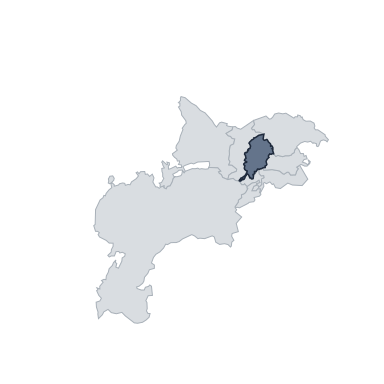 Afghanistan shown with its bordering countries, rotated 150°
{"feature_id": "AFG", "entity_name": "Afghanistan", "entity_type": "country or territory", "adm_level": 0, "iso_a3": "AFG", "parent_name": "Asia", "parent_adm1": "", "projection": "mercator", "projection_center": [67.565, 33.924], "detail": "fine", "context": "with_neighbors", "style": "filled", "palette": "slate", "viewbox_px": 384, "rotation_deg": 150, "n_neighbors": 8, "source": "natural_earth", "source_scale": "50m", "svg_char_len": 12541}
<svg xmlns="http://www.w3.org/2000/svg" viewBox="0 0 384 384"><g transform="rotate(150 192 192)"><path d="M85.4,161.2L85.3,145.2L93.4,142.5L101.5,147.8L104.6,151.8L113.7,150.8L117.5,154.0L117.3,158.3L118.8,158.4L119.5,161.8L123.5,162.0L124.4,164.0L125.6,163.9L127.0,160.9L133.0,157.2L133.9,157.6L131.2,160.3L133.6,161.9L135.8,160.9L139.6,163.1L135.5,166.1L131.8,165.8L131.4,164.7L132.0,162.7L127.8,163.7L125.3,168.6L122.6,168.4L121.8,170.3L124.1,171.2L124.8,174.2L123.0,178.3L118.9,177.4L118.9,175.0L111.4,171.3L105.7,166.5L104.1,162.2L103.1,161.4L99.7,161.6L98.4,160.7L98.1,157.4L93.8,155.1L91.1,157.6L88.4,159.0L89.0,161.2L85.4,161.2Z" fill="#d9dde1" stroke="#a8b0b8" stroke-width="1"/><path d="M216.6,211.9L216.9,213.2L215.7,213.9L216.0,216.1L213.7,215.4L209.6,217.9L209.7,219.9L208.0,222.9L207.8,224.6L206.4,227.5L203.9,226.7L203.8,230.2L203.1,231.4L203.4,232.9L201.9,233.7L200.2,228.2L199.3,228.2L198.8,230.4L197.0,228.7L198.0,226.7L199.4,226.5L200.9,223.5L199.1,222.9L193.1,222.5L192.8,220.1L191.3,219.9L188.8,218.4L187.7,220.8L190.0,222.6L188.0,223.9L187.3,225.2L189.2,226.1L188.7,228.2L189.8,230.8L190.3,233.6L189.8,234.9L183.8,235.6L184.0,238.1L182.3,240.1L177.7,242.4L174.1,246.3L168.6,250.6L168.6,252.1L164.2,254.1L162.7,254.3L161.7,256.8L162.5,263.8L161.2,266.9L161.2,272.4L159.5,272.5L158.1,275.0L159.1,276.1L156.2,277.0L155.1,279.1L153.8,280.1L150.8,277.1L148.1,269.3L145.3,264.7L144.0,258.5L141.1,254.0L138.9,243.3L138.9,239.2L138.3,236.0L133.6,238.1L131.4,237.7L127.3,233.5L128.8,232.3L127.8,230.9L124.1,228.0L126.2,225.7L133.2,225.7L132.6,222.7L130.8,220.9L130.4,218.2L128.4,216.6L131.9,212.8L135.5,213.1L138.9,209.3L140.9,205.6L143.9,201.9L143.9,199.3L146.6,197.1L144.0,195.3L141.8,189.4L143.4,187.7L148.2,188.6L151.7,188.1L154.8,184.8L158.2,189.3L157.9,192.5L159.1,194.4L159.0,196.3L156.7,195.8L157.6,200.0L165.2,204.9L163.2,206.5L161.9,209.9L172.1,215.1L176.5,215.5L178.3,217.4L184.6,218.5L187.2,218.5L187.4,213.3L189.3,212.5L189.7,216.0L192.6,217.4L194.6,216.8L199.8,217.0L200.0,214.8L198.8,213.6L201.3,213.2L204.2,210.5L207.9,208.2L210.5,209.1L212.8,207.6L214.3,209.8L213.2,211.3L216.6,211.9Z" fill="#d9dde1" stroke="#a8b0b8" stroke-width="1"/><path d="M154.8,184.8L151.7,188.1L148.2,188.6L143.4,187.7L141.8,189.4L144.0,195.3L146.6,197.1L143.9,199.3L143.9,201.9L140.9,205.6L138.9,209.3L135.5,213.1L131.9,212.8L128.4,216.6L130.4,218.2L130.8,220.9L132.6,222.7L133.2,225.7L126.2,225.7L124.1,228.0L121.8,227.1L120.8,224.6L118.4,222.0L102.9,223.2L104.1,219.1L108.7,217.3L108.4,215.6L106.9,215.0L106.8,211.9L103.8,210.3L100.9,206.2L106.3,208.0L109.4,207.5L111.3,208.0L112.0,207.2L114.2,207.5L118.3,206.0L118.4,202.8L120.2,200.7L122.6,200.7L122.9,199.7L125.3,199.2L126.5,199.6L127.7,198.5L127.6,196.3L128.9,194.0L130.9,193.0L129.7,190.5L132.7,190.6L133.6,189.2L133.4,187.8L135.0,186.1L133.9,182.5L135.8,180.8L146.3,178.4L148.6,180.2L149.6,183.2L154.8,184.8Z" fill="#d9dde1" stroke="#a8b0b8" stroke-width="1"/><path d="M123.0,178.3L124.8,174.2L124.1,171.2L121.8,170.3L122.6,168.4L125.3,168.6L127.8,163.7L132.0,162.7L131.4,164.7L131.8,165.8L133.1,165.7L132.0,167.0L128.5,166.3L128.2,168.7L131.6,168.4L135.6,169.7L141.6,169.1L142.4,172.8L143.4,172.4L145.3,173.4L145.7,177.2L140.3,176.9L138.3,178.7L135.8,179.9L134.5,178.6L134.8,175.3L133.8,175.1L134.2,173.8L132.5,172.9L131.1,174.3L130.3,176.5L128.4,176.5L127.4,178.3L126.3,177.5L124.0,178.8L123.0,178.3Z" fill="#d9dde1" stroke="#a8b0b8" stroke-width="1"/><path d="M133.0,157.2L133.7,155.3L135.8,154.7L141.0,156.2L141.5,153.6L143.3,152.7L147.8,154.5L148.9,154.1L158.9,154.6L160.5,156.2L162.5,156.8L162.0,157.8L157.0,160.1L155.9,161.8L151.8,162.3L150.6,164.9L147.3,164.4L145.1,165.2L142.0,167.2L142.5,168.1L141.6,169.1L135.6,169.7L131.6,168.4L128.2,168.7L128.5,166.3L132.0,167.0L133.1,165.7L135.5,166.1L139.6,163.1L135.8,160.9L133.6,161.9L131.2,160.3L133.9,157.6L133.0,157.2Z" fill="#d9dde1" stroke="#a8b0b8" stroke-width="1"/><path d="M74.4,159.2L75.8,157.8L79.4,156.9L81.5,158.1L83.8,161.4L89.0,161.2L88.4,159.0L91.1,157.6L93.8,155.1L98.1,157.4L98.4,160.7L99.7,161.6L103.1,161.4L104.1,162.2L105.7,166.5L111.4,171.3L118.9,175.0L118.9,177.4L116.4,176.2L115.9,177.7L113.2,178.4L112.6,181.6L110.8,182.8L108.3,183.4L107.6,185.2L105.3,185.7L102.0,184.2L101.7,180.9L99.4,180.8L95.7,177.2L93.2,176.8L89.7,174.8L87.4,174.4L86.1,175.1L83.9,175.0L81.7,177.3L78.9,178.1L78.3,175.3L78.8,171.0L76.3,169.6L77.1,166.8L75.0,166.6L75.7,163.1L78.7,164.1L81.5,162.7L79.2,160.2L78.2,157.8L75.7,158.9L75.4,162.0L74.4,159.2Z" fill="#d9dde1" stroke="#a8b0b8" stroke-width="1"/><path d="M61.9,205.8L60.1,203.9L60.1,201.9L59.1,201.9L59.6,199.2L58.0,196.4L54.1,194.3L51.9,190.7L52.6,187.7L54.2,186.4L54.0,184.1L51.9,182.9L48.1,175.0L48.7,173.7L47.7,169.1L49.9,167.9L50.4,169.5L52.0,171.3L54.2,171.9L55.4,171.8L59.1,168.7L60.3,168.4L61.2,169.6L60.1,171.7L62.1,173.8L62.9,173.6L63.9,176.6L66.9,177.4L69.1,179.4L73.6,180.1L78.6,179.0L78.9,178.1L81.7,177.3L83.9,175.0L86.1,175.1L87.4,174.4L89.7,174.8L93.2,176.8L95.7,177.2L99.4,180.8L101.7,180.9L102.0,184.2L99.8,191.8L101.2,192.4L99.9,194.5L101.2,199.8L103.6,200.5L103.8,202.8L100.9,206.2L103.8,210.3L106.8,211.9L106.9,215.0L108.4,215.6L108.7,217.3L104.1,219.1L102.9,223.2L89.9,220.8L88.6,216.5L87.0,215.9L84.6,216.5L81.4,218.2L77.5,217.1L74.3,214.3L71.3,213.3L66.8,205.0L65.1,205.6L63.1,204.4L61.9,205.8Z" fill="#d9dde1" stroke="#a8b0b8" stroke-width="1"/><path d="M255.2,246.7L252.6,245.6L252.5,242.8L254.0,241.2L257.5,240.3L259.3,240.4L260.0,241.7L258.6,243.1L257.9,245.1L255.2,246.7ZM162.5,156.8L162.2,154.3L164.4,153.2L161.5,145.5L169.4,142.7L171.7,134.5L178.0,136.0L179.8,133.9L179.9,129.2L182.6,128.7L185.0,125.5L186.2,125.1L187.1,128.5L189.7,131.0L194.3,132.8L196.5,136.6L195.2,141.9L196.4,143.9L204.4,145.3L208.3,148.1L210.2,148.6L211.7,152.6L213.5,155.2L223.6,156.1L227.8,155.5L230.9,156.1L235.6,158.7L239.5,158.7L240.9,160.0L244.6,157.7L249.7,156.2L254.4,156.1L258.1,154.6L262.6,150.8L261.1,147.6L262.8,144.7L267.8,146.0L271.0,143.6L275.8,141.9L278.2,138.9L280.4,137.6L285.0,136.9L287.5,137.5L287.8,135.8L285.0,132.5L282.4,131.0L280.0,132.8L276.9,132.0L275.1,132.6L274.2,130.7L278.0,122.2L281.8,124.1L286.3,121.0L286.3,118.8L289.1,113.4L290.9,111.8L290.9,108.9L289.1,107.7L291.8,105.0L295.7,104.1L299.9,103.9L304.7,105.5L307.4,107.5L311.7,118.0L312.9,122.8L318.4,124.4L322.2,127.9L323.4,132.3L328.3,132.3L331.0,130.5L336.3,129.1L334.6,133.3L333.4,135.0L332.3,140.1L330.1,144.5L326.3,143.7L323.6,145.3L324.4,149.1L323.9,154.3L322.3,154.4L322.3,156.6L320.3,154.1L319.0,156.5L314.1,158.3L314.6,160.6L311.9,160.4L310.4,159.1L308.2,162.1L304.7,164.3L302.1,167.0L297.7,168.2L295.3,170.1L291.9,171.2L293.6,169.4L292.9,167.7L295.5,165.0L293.8,162.8L287.4,167.1L285.5,169.8L282.4,170.0L280.7,171.9L282.4,174.6L285.0,175.3L285.1,177.1L287.6,178.3L291.2,175.4L294.0,177.0L296.1,177.1L296.6,179.2L292.1,180.3L290.6,182.4L287.5,184.4L285.9,187.1L289.3,189.2L290.5,193.0L294.6,199.3L294.6,202.1L292.6,203.1L293.3,205.0L295.2,206.2L293.9,212.0L292.1,212.3L284.3,225.0L275.5,231.1L272.0,231.5L270.0,233.1L268.9,232.0L267.1,233.7L262.7,235.4L259.3,235.9L258.2,239.5L256.5,239.7L255.7,237.2L256.4,235.9L252.1,234.8L250.7,235.4L247.5,234.5L245.9,233.1L246.4,231.1L243.5,230.5L242.0,229.2L239.3,231.0L233.7,231.4L230.3,232.7L230.8,236.6L229.1,236.6L228.8,234.3L226.4,235.3L222.7,233.4L223.6,230.6L221.6,229.9L220.9,226.7L217.5,227.3L217.9,223.2L220.9,220.2L220.9,214.6L219.5,213.7L218.5,211.6L216.6,211.9L213.2,211.3L214.3,209.8L212.8,207.6L210.5,209.1L207.9,208.2L204.2,210.5L201.3,213.2L198.8,213.6L197.4,212.7L193.4,211.7L191.7,212.7L189.6,215.3L189.3,212.5L187.4,213.3L180.1,212.1L177.5,210.5L175.1,209.8L174.0,208.0L172.2,207.5L169.0,205.1L166.5,204.0L165.2,204.9L157.6,200.0L156.7,195.8L159.0,196.3L159.1,194.4L157.9,192.5L158.2,189.3L154.8,184.8L149.6,183.2L148.6,180.2L146.3,178.4L145.7,177.2L145.3,173.4L143.4,172.4L142.4,172.8L141.6,169.1L142.5,168.1L142.0,167.2L145.1,165.2L147.3,164.4L150.6,164.9L151.8,162.3L155.9,161.8L157.0,160.1L162.0,157.8L162.5,156.8Z" fill="#d9dde1" stroke="#a8b0b8" stroke-width="1"/><path d="M118.9,177.5L119.8,177.4L120.6,177.5L121.0,177.9L121.4,178.0L121.8,177.9L122.0,177.8L122.3,178.0L122.6,178.0L122.8,178.1L122.8,178.3L123.0,178.6L123.4,179.0L123.8,179.1L124.2,178.8L124.4,178.8L124.5,178.7L124.8,178.3L125.3,178.2L125.6,178.0L125.7,177.9L125.9,177.8L126.0,177.9L126.2,177.7L126.3,177.6L126.5,177.6L126.9,177.8L127.3,178.3L127.6,178.5L127.7,178.4L127.9,178.3L128.0,178.1L128.1,177.7L128.0,177.3L128.1,176.9L128.3,176.7L128.7,176.5L129.3,176.5L129.7,176.5L129.9,176.6L130.0,176.7L130.3,176.7L130.5,176.6L130.7,176.2L130.7,175.8L130.5,175.3L130.6,175.2L130.9,174.9L131.2,174.6L131.6,174.1L131.9,173.5L132.2,173.2L132.7,173.0L133.2,173.2L133.9,173.6L134.1,174.2L134.0,174.9L134.0,175.2L134.1,175.3L134.3,175.3L134.6,175.2L134.8,175.2L134.9,175.4L134.8,175.7L134.7,176.5L134.6,177.1L134.5,177.8L134.5,178.4L134.6,178.8L134.8,179.5L135.0,179.9L135.2,180.1L135.4,180.1L135.6,180.1L136.1,179.8L136.7,179.3L137.4,179.0L138.3,178.8L138.7,178.2L139.1,177.8L140.1,177.3L140.6,177.0L141.0,177.0L141.3,177.1L141.5,177.2L141.8,177.4L141.7,177.6L141.4,177.8L141.5,177.9L141.8,178.0L142.4,177.8L142.8,177.6L143.1,177.6L143.2,177.4L143.4,177.2L143.7,177.2L144.0,177.3L144.3,177.4L144.7,177.3L144.9,177.5L145.2,177.7L145.4,177.9L145.4,178.0L145.0,177.9L144.9,177.7L144.7,177.8L144.4,177.9L143.8,178.3L144.2,178.7L144.3,178.8L144.0,178.9L143.2,179.3L142.7,179.6L142.3,179.5L141.9,179.3L141.7,179.3L140.7,179.4L139.8,179.4L139.4,179.5L138.7,179.5L138.2,179.6L137.9,179.7L137.6,179.8L137.3,179.9L137.0,179.9L136.7,180.1L136.6,180.3L136.0,180.7L135.7,180.9L135.5,181.1L135.4,181.2L135.0,181.1L134.8,181.3L134.5,181.7L134.1,182.2L133.8,182.4L133.7,182.7L133.8,182.8L134.2,183.1L134.3,183.3L134.4,183.5L134.6,183.9L134.7,184.4L134.9,184.6L134.9,184.9L135.0,185.1L134.9,185.3L134.8,185.5L134.9,185.8L135.0,185.9L135.0,186.0L134.8,186.3L134.7,186.5L134.5,186.9L134.2,187.1L133.8,187.6L133.4,188.0L133.3,188.3L133.1,188.4L133.0,188.5L133.2,188.9L133.4,189.2L133.4,189.5L133.4,189.8L133.4,190.1L133.2,190.4L132.6,190.6L132.0,190.8L131.2,190.8L130.9,190.7L130.7,190.7L129.9,190.4L129.6,190.6L129.5,191.0L130.1,191.6L130.3,192.0L130.6,192.7L130.8,193.0L130.7,193.3L130.2,193.6L129.7,194.0L129.0,194.0L128.5,194.1L128.3,194.3L128.2,195.0L128.0,195.3L128.0,195.6L127.9,195.9L127.7,196.2L127.5,196.5L127.5,197.2L127.6,198.4L127.3,198.8L127.0,199.1L126.6,199.4L126.3,199.5L126.0,199.5L125.8,199.2L125.7,199.0L125.5,198.9L125.2,198.9L125.0,199.1L124.6,199.0L124.2,198.9L124.0,199.0L123.6,199.4L122.7,199.8L122.4,199.9L122.2,200.0L122.3,200.2L122.4,200.3L122.7,200.5L122.3,200.8L121.8,201.0L121.3,201.1L120.8,201.0L120.5,200.8L120.1,200.7L119.8,200.9L119.5,201.1L119.2,201.7L119.1,201.8L118.8,202.0L118.5,202.2L118.3,202.6L118.1,203.3L118.2,203.7L118.2,204.4L118.1,204.8L118.0,205.2L118.0,205.4L118.2,205.7L118.1,205.8L117.9,206.0L117.1,206.4L116.2,206.6L115.5,206.8L114.6,207.1L114.3,207.2L113.8,207.2L113.5,207.1L113.1,207.1L112.5,207.1L112.1,207.2L111.7,207.4L111.4,207.5L111.2,207.7L111.2,207.8L110.8,207.6L109.5,207.4L106.0,207.7L105.7,207.7L104.5,207.3L103.0,206.8L102.1,206.5L100.8,206.1L101.7,205.1L102.4,204.2L103.1,203.3L103.8,202.5L103.9,202.2L103.9,201.6L103.7,200.8L103.4,200.5L102.4,200.3L101.7,200.2L100.9,200.1L100.7,199.4L100.7,199.1L100.7,198.6L100.7,198.2L100.8,197.5L100.8,197.2L100.4,195.9L100.2,195.2L100.0,194.4L100.0,194.2L100.0,193.9L100.5,193.2L100.9,192.7L101.1,192.5L101.1,192.3L100.7,192.3L100.3,192.3L100.0,192.2L99.8,192.0L99.7,191.7L99.8,191.2L99.7,190.2L100.0,189.7L100.2,189.4L101.0,189.4L100.7,189.0L100.6,188.8L100.5,188.7L100.7,188.4L100.9,188.3L101.1,188.1L101.2,187.8L101.3,187.7L101.5,187.5L101.6,187.3L101.6,187.0L101.7,186.7L101.8,186.4L101.7,186.1L101.7,185.9L101.7,185.7L101.8,185.6L102.0,185.3L102.1,185.1L102.1,184.9L102.2,184.7L102.2,184.3L102.4,184.3L102.5,184.4L102.7,184.6L103.1,184.9L103.3,185.0L103.6,185.1L104.0,185.1L104.3,185.0L104.5,185.0L104.8,185.3L105.2,185.6L105.3,185.8L105.4,186.0L105.5,186.1L105.7,185.8L106.0,185.8L106.5,185.8L106.7,185.7L106.8,185.7L107.2,185.4L107.6,185.1L107.9,185.0L108.0,184.5L108.1,184.2L108.2,183.9L108.1,183.7L108.1,183.4L108.3,183.4L108.6,183.4L109.3,183.2L109.9,183.0L110.4,182.8L110.7,182.8L110.9,182.8L111.0,182.7L111.2,182.4L111.5,182.2L112.0,181.9L112.5,181.5L112.7,181.1L112.8,180.6L113.0,179.9L113.3,179.0L113.3,178.6L113.5,178.4L113.9,178.1L114.3,177.9L115.0,177.9L115.8,177.9L116.0,177.4L116.1,177.0L116.2,176.8L116.4,176.6L116.5,176.6L116.9,176.9L117.6,177.2L118.3,177.4L118.7,177.5L118.9,177.5Z" fill="#64748b" stroke="#1e293b" stroke-width="1.5"/></g></svg>